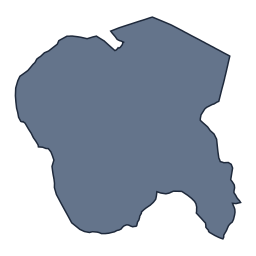 San Andrés Tenejapan, Veracruz, Mexico
{"feature_id": "50627088B12638306818283", "entity_name": "San Andrés Tenejapan", "entity_type": "district", "adm_level": 2, "iso_a3": "MEX", "parent_name": "Mexico", "parent_adm1": "Veracruz", "projection": "robinson", "projection_center": [-97.088, 18.772], "detail": "fine", "context": "isolated", "style": "filled", "palette": "slate", "viewbox_px": 256, "rotation_deg": 0, "n_neighbors": 0, "source": "geoboundaries", "source_scale": "gbopen_adm2", "svg_char_len": 3750}
<svg xmlns="http://www.w3.org/2000/svg" viewBox="0 0 256 256"><path d="M218.8,101.3L221.7,89.7L223.1,84.4L223.3,83.8L224.3,79.7L224.5,78.9L225.0,76.5L225.2,75.9L226.5,70.4L226.9,68.6L227.8,64.8L228.0,63.8L229.7,56.5L229.8,56.1L229.6,56.0L228.6,55.4L223.8,52.9L220.7,51.2L218.1,49.8L216.9,49.2L215.4,48.4L213.1,47.1L210.7,45.9L208.2,44.5L205.8,43.3L204.3,42.4L204.1,42.3L202.1,41.3L200.3,40.3L199.0,39.6L196.3,38.2L194.0,37.0L191.3,35.6L188.9,34.3L186.9,33.2L184.9,32.2L181.5,30.3L180.6,29.9L179.7,29.4L178.4,28.7L175.9,27.4L171.5,25.1L170.4,24.6L164.0,21.9L158.5,19.6L152.4,17.1L151.2,17.4L148.7,18.2L145.8,19.2L143.0,20.1L139.4,21.2L136.6,22.1L130.2,24.2L129.2,24.5L125.2,25.8L119.1,27.8L113.0,30.2L110.7,31.1L112.2,33.1L113.3,34.4L115.2,36.6L116.2,38.0L117.2,39.4L119.5,40.6L121.3,41.1L123.6,42.2L123.5,42.3L123.2,42.4L122.7,42.5L122.7,43.5L122.2,44.8L120.6,46.9L120.2,47.3L119.8,47.7L118.4,48.1L118.1,47.8L117.9,48.1L116.5,49.8L114.9,50.6L108.6,45.0L104.0,40.8L102.9,40.2L101.8,39.5L98.7,37.6L96.4,36.1L95.3,36.4L93.0,36.9L91.1,37.5L87.1,38.7L83.2,37.8L81.0,37.3L79.9,37.1L77.4,36.7L74.0,36.3L72.6,36.1L70.4,36.1L69.4,36.2L66.9,36.2L66.4,36.5L59.8,40.1L58.8,40.7L57.3,44.2L56.4,44.9L48.6,51.0L44.4,52.8L40.6,56.4L39.7,57.0L38.7,57.6L36.8,59.1L35.0,62.5L34.5,63.0L33.0,64.4L30.7,67.2L27.9,70.5L23.4,73.8L19.9,76.3L17.8,80.8L16.2,86.3L15.7,88.1L15.4,95.8L15.9,102.0L16.6,108.2L17.7,112.3L18.6,117.3L20.8,121.4L22.4,121.9L23.0,121.6L25.1,123.2L28.6,129.2L31.3,133.4L32.4,135.7L33.4,137.7L35.8,141.1L38.1,144.9L38.4,146.9L42.6,147.2L46.0,148.5L48.3,148.6L50.9,151.9L52.3,155.4L53.9,160.1L52.0,166.4L52.5,170.3L53.1,174.4L54.0,179.1L54.5,183.2L54.4,187.6L56.4,194.5L58.8,199.0L60.8,202.8L65.0,210.5L65.9,212.1L68.1,216.1L71.7,222.8L79.9,229.4L84.4,231.5L89.5,232.5L90.8,232.1L92.5,231.7L94.9,231.9L97.2,232.1L99.2,232.6L101.5,233.6L103.8,233.6L105.2,233.6L108.8,233.2L111.5,232.5L114.5,231.8L116.9,230.5L119.1,230.0L121.1,229.0L122.5,227.2L124.0,225.9L125.4,225.3L126.8,224.8L128.7,225.1L131.0,226.2L132.9,226.8L133.4,226.6L134.9,226.4L136.0,226.3L136.7,225.7L137.6,221.9L138.9,220.0L139.3,218.4L139.6,217.6L139.6,217.0L139.8,216.1L140.9,214.1L141.3,213.5L141.5,212.4L141.5,211.9L142.9,210.6L144.2,209.4L145.0,208.8L146.0,208.0L148.8,206.1L150.3,205.1L150.7,204.7L152.8,202.8L153.5,202.1L155.6,199.4L155.7,199.2L156.1,197.4L156.4,195.9L156.5,195.0L156.9,191.7L160.7,193.0L163.2,193.4L165.9,193.8L169.1,193.1L170.3,192.6L170.8,192.3L173.4,191.2L179.2,191.3L181.8,191.4L186.8,194.7L187.6,195.2L191.6,198.4L192.5,199.3L194.6,201.4L195.3,202.7L195.9,203.6L196.7,207.1L196.6,209.0L196.6,209.4L196.6,211.4L196.3,213.0L200.8,217.9L201.1,218.2L204.6,222.1L205.4,222.8L205.9,225.8L205.8,227.1L206.5,228.1L207.0,228.7L208.4,230.2L208.6,231.4L209.4,232.3L214.2,235.1L214.7,235.4L218.4,237.2L220.6,238.1L222.9,238.9L223.7,237.3L223.8,235.0L226.3,230.8L226.9,229.5L227.5,228.0L228.5,225.7L230.4,223.5L232.2,222.1L233.5,219.4L234.6,214.9L235.0,212.2L234.8,209.2L234.0,207.0L233.6,206.2L232.5,203.3L236.0,203.6L240.6,202.5L239.4,200.6L238.1,199.2L236.9,197.7L236.5,196.9L235.8,195.5L234.6,193.7L233.9,192.6L234.0,190.9L234.6,187.9L234.3,185.1L234.0,184.5L233.9,184.3L233.4,183.5L232.3,181.8L230.7,179.7L231.4,175.4L232.6,168.1L232.5,167.7L231.2,164.3L229.4,163.2L228.3,162.5L223.8,162.7L222.8,162.3L220.3,161.6L219.5,159.5L218.8,158.0L218.5,155.8L218.2,153.7L217.9,151.6L217.3,146.0L216.6,139.2L214.0,134.0L212.9,133.0L210.2,130.6L209.4,129.4L207.6,126.9L206.6,126.0L204.0,123.7L203.3,123.1L201.0,121.0L200.3,120.3L200.3,119.0L200.4,118.2L201.0,114.9L202.0,113.3L202.2,113.0L203.9,110.3L204.8,108.9L206.7,107.3L208.9,106.2L211.2,105.0L212.4,104.4L213.9,104.0L215.7,102.9L217.2,102.0L218.0,101.7L218.8,101.3Z" fill="#64748b" stroke="#1e293b" stroke-width="1.5"/></svg>